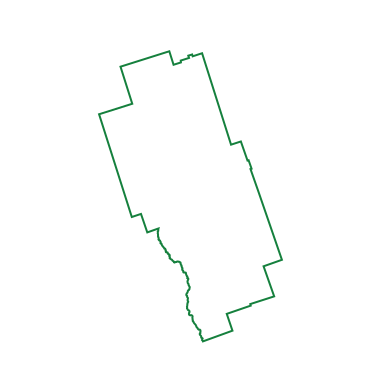 Bolívar, Buenos Aires, Argentina, rotated 117°
{"feature_id": "61730980B59149978164820", "entity_name": "Bolívar", "entity_type": "district", "adm_level": 2, "iso_a3": "ARG", "parent_name": "Argentina", "parent_adm1": "Buenos Aires", "projection": "natural_earth1", "projection_center": [-60.749, -36.292], "detail": "fine", "context": "isolated", "style": "outline", "palette": "green", "viewbox_px": 384, "rotation_deg": 117, "n_neighbors": 0, "source": "geoboundaries", "source_scale": "gbopen_adm2", "svg_char_len": 5443}
<svg xmlns="http://www.w3.org/2000/svg" viewBox="0 0 384 384"><g transform="rotate(117 192 192)"><path d="M161.4,133.1L145.0,150.3L144.2,149.5L138.0,156.0L138.8,156.8L124.8,171.4L132.1,178.7L63.8,246.0L70.8,253.0L69.4,254.3L72.2,257.2L73.9,255.5L80.0,261.7L81.6,260.7L87.0,266.2L76.9,276.1L112.8,312.6L140.5,285.3L164.9,310.1L241.6,234.3L234.7,227.5L248.3,213.5L239.7,205.3L240.1,205.2L240.6,205.0L240.9,205.0L241.1,204.9L241.5,204.6L242.0,204.5L242.2,204.4L242.6,204.6L242.8,204.6L243.3,204.2L243.7,204.0L244.1,203.8L244.5,203.7L244.7,203.4L245.7,202.7L246.0,202.6L246.7,202.3L246.9,202.2L247.1,201.8L247.6,201.6L248.0,200.9L248.4,200.6L248.6,200.6L249.5,200.3L249.6,200.1L249.6,199.8L249.6,199.6L249.9,199.4L249.7,199.0L249.7,198.9L249.9,198.4L250.1,198.3L250.2,198.1L250.5,197.5L250.7,197.3L251.0,197.1L251.4,197.1L251.7,197.0L251.7,196.8L252.0,196.6L252.1,196.3L252.0,196.2L251.9,196.0L252.0,195.6L252.4,195.3L252.5,195.1L253.0,194.7L253.2,194.4L253.4,194.1L253.4,193.9L253.5,193.6L253.7,193.4L253.8,193.1L253.9,192.9L254.1,192.5L254.1,192.3L254.2,192.1L254.3,191.8L254.4,191.7L254.7,191.3L255.0,191.0L255.0,190.8L254.7,190.4L254.7,190.2L255.0,189.8L255.1,189.6L255.4,189.3L255.5,189.3L255.9,189.2L256.0,189.0L256.0,188.9L256.1,188.7L256.4,188.4L256.7,188.5L256.9,188.4L257.0,188.3L257.2,188.1L257.4,187.9L257.4,187.5L257.3,187.3L257.2,187.1L257.0,186.6L257.0,186.4L257.0,186.2L257.4,186.0L258.0,185.5L258.0,185.4L257.9,185.0L257.9,184.8L258.3,184.3L258.3,184.1L258.2,183.8L258.1,183.7L258.3,183.3L258.5,183.1L258.8,183.0L259.1,183.2L259.5,183.1L259.6,182.8L259.6,182.6L259.8,182.5L259.9,182.4L260.4,182.0L260.7,182.0L260.7,181.9L261.0,181.9L261.2,181.7L261.3,181.3L261.4,180.8L261.5,180.2L261.4,179.4L261.5,179.0L261.6,178.8L262.0,178.3L262.0,178.2L262.0,177.9L262.1,177.7L262.2,177.0L262.2,176.8L262.2,176.6L262.3,176.5L262.4,176.3L262.5,176.2L262.8,176.1L262.8,175.8L262.8,175.6L262.6,175.4L262.3,175.3L262.1,175.0L262.0,174.9L261.9,174.9L261.7,174.5L261.5,174.2L261.2,174.1L260.7,173.7L260.5,173.4L260.4,173.1L260.4,172.7L260.2,172.6L260.1,172.4L260.1,172.1L260.0,171.9L260.0,171.5L259.9,171.3L260.0,171.0L260.1,170.6L260.1,170.3L260.1,170.2L260.4,170.0L260.6,170.0L260.7,169.8L260.8,169.7L261.2,169.5L261.3,169.3L261.4,169.2L261.5,169.2L262.0,168.6L262.1,168.3L262.1,168.1L262.4,167.8L262.8,167.7L263.0,167.6L263.2,167.2L263.4,167.0L263.6,166.9L263.8,166.8L264.0,166.6L264.1,166.4L264.2,165.9L264.4,165.8L264.8,165.8L265.2,165.7L265.7,165.4L265.9,165.2L265.9,164.9L265.9,164.7L266.0,164.6L266.3,164.0L266.5,163.9L266.7,163.7L267.1,163.6L267.3,163.4L267.5,163.1L267.5,162.9L267.4,162.8L267.3,162.7L267.2,162.3L267.1,162.2L267.0,161.7L266.9,161.6L266.7,161.1L266.7,160.9L266.8,160.8L267.3,160.5L267.3,160.4L267.6,160.2L267.8,160.0L267.9,159.9L268.1,159.8L268.4,159.5L268.5,159.4L268.6,159.2L269.0,158.8L269.2,158.5L269.3,158.4L269.2,158.2L269.4,157.8L269.5,157.7L269.8,157.6L270.1,157.2L270.3,157.2L270.6,157.1L270.8,157.1L270.8,156.9L270.9,156.6L271.0,156.4L270.9,156.2L271.0,156.1L271.0,155.9L271.3,155.7L271.5,155.7L271.9,155.7L272.1,155.7L272.6,155.7L272.9,155.5L273.4,155.5L273.6,155.5L274.0,155.2L274.5,154.9L275.2,154.3L275.3,154.1L275.4,153.6L275.5,153.5L275.6,153.3L275.9,153.1L276.4,152.9L276.6,152.6L276.8,152.2L277.2,151.8L277.5,151.1L277.9,150.8L278.1,150.7L278.9,150.6L279.1,150.4L279.4,150.3L279.6,150.2L280.2,150.2L280.4,150.2L280.7,150.3L280.8,150.5L281.2,150.7L281.4,150.7L281.8,150.7L282.0,150.8L282.2,150.7L282.9,150.5L283.5,150.5L283.7,150.4L284.1,150.4L284.5,150.6L284.9,150.7L285.2,150.6L285.7,150.5L286.0,150.5L286.2,150.4L286.5,150.2L286.8,149.7L286.8,149.4L286.8,149.2L287.1,149.0L287.5,148.8L287.8,148.6L288.0,148.3L288.2,147.7L288.3,147.5L289.2,147.1L289.7,147.1L289.9,147.0L290.7,146.6L290.9,146.5L291.1,146.0L291.2,145.8L291.4,145.6L291.6,145.5L292.8,145.6L293.0,145.6L293.2,145.4L293.3,145.4L293.9,145.3L294.1,145.3L294.4,145.0L294.9,144.8L295.3,144.7L295.7,144.5L296.2,144.5L296.5,144.4L296.9,144.0L297.3,143.8L297.6,143.8L297.8,143.7L298.0,143.6L298.2,143.1L298.3,143.0L298.6,142.6L298.8,142.4L298.9,142.1L299.0,141.7L298.9,141.3L298.9,141.0L299.1,140.7L299.3,140.4L299.3,140.2L299.8,139.9L300.0,139.7L300.9,139.8L301.5,139.5L301.8,139.5L302.0,139.4L302.2,139.1L302.3,139.0L302.6,138.9L302.7,138.7L302.7,137.8L302.7,137.6L302.6,137.4L302.1,136.9L302.1,136.7L302.0,136.2L302.0,135.9L302.2,135.4L302.4,135.2L302.6,135.0L303.1,134.8L303.4,134.7L303.7,134.6L303.9,134.6L304.3,134.2L304.6,134.0L305.1,133.8L305.3,133.6L305.9,133.0L306.5,132.9L306.7,132.6L306.8,132.2L306.9,131.8L307.0,131.7L307.3,131.5L307.4,131.4L307.5,131.2L307.7,130.9L308.1,130.1L308.2,129.8L308.3,129.6L308.4,129.2L308.7,128.4L309.1,128.0L309.4,127.6L309.6,127.4L309.7,127.1L310.0,126.9L310.3,126.6L310.5,126.0L310.6,125.5L310.7,125.3L311.1,124.9L311.4,124.2L311.6,123.6L311.5,123.3L311.3,123.1L311.1,122.7L311.2,122.4L311.3,122.0L311.3,121.9L311.7,121.5L311.9,121.4L312.2,121.3L312.6,121.0L312.8,120.9L313.0,120.9L313.3,121.0L313.5,120.9L313.7,120.7L314.0,120.5L314.2,120.4L314.5,120.5L314.8,120.7L315.0,120.6L315.5,120.3L315.6,120.1L316.0,119.0L316.2,118.6L316.5,118.2L317.1,117.9L317.4,117.8L317.5,117.7L317.7,117.3L317.5,116.6L317.5,116.4L317.7,116.2L317.8,116.0L318.0,116.0L318.3,116.0L318.8,115.9L319.1,115.9L319.3,115.9L319.4,115.7L319.5,115.6L319.7,114.8L319.8,114.7L320.1,114.4L297.2,93.0L284.8,105.7L266.6,88.1L265.4,89.2L247.7,71.4L225.7,94.5L211.6,81.1L161.4,133.1Z" fill="none" stroke="#15803d" stroke-width="2"/></g></svg>